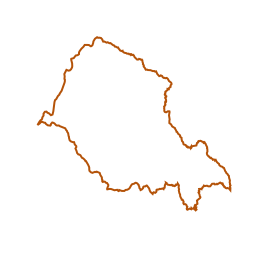 Santa Rosa De Cabal, Risaralda, Colombia, rotated 167°
{"feature_id": "7082276B83235998403741", "entity_name": "Santa Rosa De Cabal", "entity_type": "district", "adm_level": 2, "iso_a3": "COL", "parent_name": "Colombia", "parent_adm1": "Risaralda", "projection": "equal_earth", "projection_center": [-75.574, 4.836], "detail": "fine", "context": "isolated", "style": "outline", "palette": "amber", "viewbox_px": 256, "rotation_deg": 167, "n_neighbors": 0, "source": "geoboundaries", "source_scale": "gbopen_adm2", "svg_char_len": 5617}
<svg xmlns="http://www.w3.org/2000/svg" viewBox="0 0 256 256"><g transform="rotate(167 128 128)"><path d="M42.3,44.4L41.7,46.6L41.9,47.9L41.0,49.1L41.4,49.9L41.1,50.9L41.2,52.0L40.5,54.0L40.7,56.5L40.5,58.8L41.0,59.4L41.4,60.8L42.3,61.9L42.4,62.9L42.9,63.8L43.5,67.5L44.2,67.9L44.7,68.9L46.2,69.8L47.3,71.1L47.4,72.6L48.3,73.6L49.2,75.1L49.7,77.2L50.5,76.8L50.5,77.3L51.3,78.0L52.4,77.9L52.5,78.6L53.6,79.7L53.7,80.1L54.2,80.0L54.8,80.6L55.2,81.8L55.7,81.9L56.7,83.7L56.9,84.6L56.8,85.9L55.9,87.2L55.4,89.8L55.6,90.5L55.2,91.4L55.9,94.4L55.9,95.0L56.4,95.8L56.5,96.8L56.7,97.0L57.2,96.2L57.5,96.2L57.7,96.5L57.8,97.4L58.8,97.9L59.3,98.6L60.5,99.3L61.7,99.1L62.2,99.4L62.7,99.1L62.7,98.6L63.2,98.0L64.1,97.9L65.3,95.6L69.3,95.8L69.9,95.6L70.2,95.2L70.3,96.0L71.4,94.7L71.4,95.3L72.9,95.1L73.9,96.3L74.3,95.8L74.7,96.2L74.8,95.7L74.9,96.7L75.3,97.1L75.3,97.8L75.7,98.5L77.2,99.3L77.6,99.9L77.5,101.7L78.3,103.1L78.3,105.4L78.0,106.3L79.2,107.9L78.9,108.9L79.2,109.6L80.4,111.0L81.0,113.1L81.6,113.4L81.6,114.5L82.3,116.6L82.2,117.2L84.6,119.6L85.2,121.8L86.6,123.5L86.0,125.9L85.5,126.9L85.2,131.1L83.9,134.2L83.9,134.9L85.3,135.3L87.4,134.7L88.5,135.4L88.8,136.4L88.3,138.4L88.4,139.0L88.0,139.9L88.0,140.8L86.9,141.5L86.7,142.2L86.3,142.3L86.2,144.2L85.8,145.2L85.1,144.9L84.9,145.2L84.6,146.7L84.7,148.1L85.0,148.7L84.9,149.3L84.4,149.4L84.2,150.0L83.7,149.9L83.5,150.3L84.1,151.1L84.1,151.7L84.6,151.9L84.7,152.2L83.9,153.8L83.5,153.9L83.4,155.0L80.9,156.1L80.7,157.2L79.5,156.7L79.4,157.5L77.3,158.5L77.4,158.8L76.8,160.1L75.8,160.8L75.6,161.7L75.8,162.5L77.5,164.6L78.1,166.8L79.0,168.1L80.5,168.1L81.2,168.7L82.0,168.8L82.8,169.8L83.0,170.9L84.2,171.9L84.9,171.5L85.9,171.5L87.3,174.0L87.9,176.9L88.9,176.8L89.6,177.6L91.1,177.9L93.1,179.3L95.6,180.0L96.4,180.7L97.5,180.7L97.8,181.3L97.9,182.3L98.9,184.4L98.5,185.5L99.1,186.8L98.8,187.6L99.0,189.0L98.8,190.8L99.1,191.5L99.9,191.5L100.4,192.2L101.7,192.9L102.3,192.4L103.7,192.6L105.6,195.5L106.0,197.4L106.6,198.2L107.5,198.1L108.0,198.9L108.7,198.6L108.8,199.4L110.2,199.5L110.6,200.3L112.3,200.7L112.8,201.3L114.7,202.2L116.0,203.7L115.9,204.5L117.2,204.5L118.4,205.5L118.6,206.4L119.3,207.5L119.5,208.7L120.3,208.8L121.3,209.8L122.5,210.3L122.8,211.4L124.0,212.2L126.0,214.7L127.1,214.8L128.5,216.1L129.7,216.0L131.6,217.6L132.7,217.7L133.1,219.1L133.1,220.0L134.1,221.8L135.8,222.5L136.9,222.6L137.7,223.4L140.1,222.4L142.2,220.2L142.9,218.5L144.1,216.6L145.3,216.0L145.9,216.0L147.5,217.7L151.5,218.7L153.1,217.2L155.6,215.7L157.9,213.7L158.7,212.7L159.2,210.9L160.7,210.3L162.6,210.4L165.2,208.3L167.7,208.2L168.0,207.3L167.9,203.5L168.4,200.8L168.9,199.6L170.3,198.0L171.8,197.2L173.2,197.3L174.9,198.5L177.9,194.9L178.1,192.5L178.9,190.1L178.6,189.5L179.0,187.8L179.6,186.5L184.3,179.2L186.9,176.8L187.3,176.0L189.1,174.9L191.4,172.3L192.8,171.6L193.8,169.8L197.0,161.1L198.5,158.1L200.2,157.8L201.9,160.3L203.0,160.9L203.7,162.3L205.4,162.5L207.1,160.9L207.5,159.1L209.1,157.6L209.4,156.7L210.0,155.8L211.6,155.1L212.9,154.0L215.5,151.3L213.2,152.2L211.6,153.3L210.2,153.3L208.6,152.1L207.5,151.7L207.1,150.5L205.6,148.7L203.2,147.8L202.7,148.1L202.1,149.3L200.6,150.4L200.2,150.3L198.7,149.1L197.4,146.9L196.7,146.4L194.8,146.0L194.0,145.1L189.2,141.8L188.8,140.1L188.2,139.1L188.0,137.5L187.5,136.5L187.7,133.5L187.5,132.8L187.7,131.5L187.6,129.2L186.8,127.9L185.1,126.7L183.7,126.3L183.6,124.0L182.5,122.0L182.6,121.1L183.8,119.9L183.3,117.2L183.2,115.1L182.3,113.4L181.5,113.1L180.5,112.2L179.6,109.4L178.5,108.5L177.3,106.7L176.9,105.3L176.4,105.2L175.2,101.4L174.7,99.0L174.7,97.7L175.0,96.9L175.2,95.0L174.2,93.3L172.8,92.3L170.0,92.7L169.1,92.2L168.3,92.5L165.7,90.6L165.5,88.3L164.6,85.8L164.9,84.0L164.6,83.0L165.1,82.2L165.0,81.5L164.7,81.1L163.4,81.2L162.5,80.8L161.8,79.6L160.8,79.1L160.0,76.9L160.3,76.0L161.4,74.6L161.6,73.8L162.1,73.3L162.0,72.9L159.6,72.8L158.1,72.3L155.2,70.4L152.4,70.2L151.5,68.7L150.8,68.8L150.4,69.5L148.2,68.1L145.7,67.5L144.3,68.2L142.7,68.0L141.1,68.4L140.0,69.0L137.8,71.4L136.6,72.3L134.3,72.4L133.6,72.8L132.7,72.9L131.5,72.0L130.4,70.1L130.6,69.6L130.2,68.6L130.4,67.0L129.8,65.8L129.7,64.7L128.4,65.0L127.3,65.7L126.8,66.1L126.5,67.0L126.0,67.3L125.5,67.5L124.4,67.2L122.9,67.8L122.5,67.6L121.0,64.3L120.9,62.3L120.5,60.7L118.8,58.2L118.1,59.3L117.3,59.6L116.1,58.7L114.9,59.3L114.6,59.7L114.2,61.2L113.6,61.5L112.0,61.2L110.9,61.6L109.7,61.2L108.0,61.3L107.1,60.4L106.4,61.5L105.7,61.6L105.0,63.8L103.8,65.4L103.3,65.7L103.3,66.2L102.7,65.6L102.7,64.9L102.1,63.9L99.7,62.8L98.4,62.8L98.1,62.3L97.7,62.3L97.5,61.9L97.2,62.1L97.0,61.7L95.9,60.9L95.4,60.9L95.1,61.4L94.5,61.4L94.0,61.9L93.8,61.6L93.4,61.6L93.1,62.0L92.3,61.8L92.0,62.6L91.3,60.7L92.1,58.6L92.0,56.8L92.5,56.0L92.6,53.0L92.2,51.5L92.5,49.9L92.2,48.1L91.8,47.2L91.8,46.0L90.9,45.7L90.5,44.3L90.4,43.4L91.0,42.5L90.7,41.2L89.3,40.9L88.7,40.3L88.4,39.7L88.3,38.6L87.9,38.0L88.9,36.3L88.9,35.4L88.4,35.0L86.1,35.6L84.8,34.7L84.3,35.7L83.9,34.9L82.8,34.8L82.1,35.2L81.4,33.5L80.7,33.2L80.5,32.6L79.6,33.1L80.0,34.2L79.3,35.3L80.5,35.9L80.9,36.4L80.7,36.9L80.0,37.8L79.3,37.3L78.7,38.0L77.4,38.5L77.1,41.8L73.5,43.6L73.0,44.3L73.1,44.8L73.4,45.4L73.3,47.3L73.8,49.2L72.9,49.6L72.8,50.1L73.2,50.4L73.1,50.9L72.7,50.9L72.4,51.6L72.4,52.6L71.0,52.4L70.1,51.8L69.8,52.4L69.1,52.7L68.9,53.3L67.8,53.9L67.0,54.8L66.5,54.2L64.0,54.0L62.9,53.1L61.0,52.7L58.6,54.7L56.6,54.4L56.3,53.6L54.5,53.3L53.9,53.6L53.4,53.1L50.5,54.1L49.4,52.8L49.0,53.1L48.3,52.8L48.2,52.1L48.7,52.3L48.2,50.6L47.5,49.8L47.5,49.0L46.9,48.8L46.5,47.7L45.7,47.1L44.5,47.2L43.8,46.5L43.1,46.3L42.5,45.5L42.6,45.0L42.3,44.4Z" fill="none" stroke="#b45309" stroke-width="2"/></g></svg>